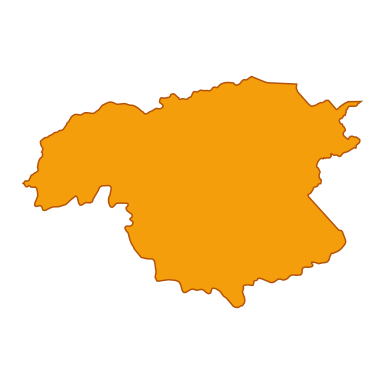 outline of Bolívar
{"feature_id": "VEN-39", "entity_name": "Bolívar", "entity_type": "State", "adm_level": 1, "iso_a3": "VEN", "parent_name": "Venezuela", "parent_adm1": "", "projection": "mercator", "projection_center": [-63.762, 6.004], "detail": "fine", "context": "isolated", "style": "filled", "palette": "amber", "viewbox_px": 384, "rotation_deg": 0, "n_neighbors": 0, "source": "natural_earth", "source_scale": "10m", "svg_char_len": 5961}
<svg xmlns="http://www.w3.org/2000/svg" viewBox="0 0 384 384"><path d="M361.0,101.5L357.5,104.2L357.1,105.2L355.9,106.1L353.9,106.3L349.9,106.2L348.8,106.6L348.2,107.2L347.3,109.0L346.0,110.7L346.1,112.5L345.4,113.8L345.5,114.5L345.3,115.1L344.9,115.4L344.2,115.3L343.9,115.5L342.0,118.3L339.9,119.0L339.2,120.3L339.5,121.7L340.6,123.7L341.9,124.0L342.5,124.5L342.7,124.8L342.7,125.8L342.8,126.3L344.0,126.9L345.3,129.5L345.2,130.6L343.9,132.0L343.3,133.3L343.3,134.7L344.0,136.1L347.8,139.2L348.4,139.2L349.4,137.3L350.2,136.6L351.2,136.2L352.4,136.2L354.0,137.0L356.1,137.0L359.5,139.4L359.8,140.2L359.9,141.0L359.3,142.6L358.8,143.2L356.6,144.9L356.3,145.7L355.8,148.1L355.0,147.6L353.8,147.9L347.8,151.6L343.5,152.8L342.7,153.5L340.6,156.2L339.6,156.5L338.9,156.3L337.2,155.2L336.3,154.9L334.2,155.3L333.6,155.1L332.5,154.2L330.9,153.9L330.6,154.1L330.7,154.6L331.2,155.3L331.3,156.1L329.7,157.9L328.7,158.0L326.5,157.7L325.7,158.4L323.7,157.9L323.2,158.8L321.3,158.4L320.4,158.6L318.5,160.8L317.6,162.5L316.9,164.3L316.6,165.9L316.7,166.9L318.5,168.4L319.3,170.5L320.0,171.6L320.0,172.4L319.3,174.0L319.0,176.3L319.7,178.6L320.5,179.1L321.2,180.0L320.8,183.6L319.0,183.8L318.4,184.4L317.4,186.2L316.8,186.5L314.5,187.1L313.9,187.4L312.9,189.6L310.7,193.1L308.4,194.5L307.9,195.0L308.7,196.9L338.8,230.2L340.1,230.3L341.4,230.8L342.3,231.7L345.4,239.8L345.7,242.1L344.8,244.4L341.6,248.3L339.8,249.9L337.7,251.3L333.1,253.3L331.4,253.4L331.1,253.9L329.8,256.8L329.0,259.8L327.6,261.6L326.0,262.4L322.1,262.9L318.6,263.7L315.4,262.5L312.6,262.2L311.7,262.3L311.4,262.9L312.6,264.7L312.8,265.7L312.1,266.4L310.9,266.9L308.6,267.2L305.0,267.1L303.0,267.9L302.3,269.2L302.0,272.8L301.8,273.4L301.1,274.5L299.9,275.1L298.4,274.9L296.4,275.4L294.6,275.0L291.9,275.0L289.9,275.9L287.5,278.5L285.8,279.4L283.9,280.0L282.8,280.0L280.0,279.0L277.9,279.3L274.3,281.9L272.3,282.6L270.5,282.4L261.5,278.7L259.4,278.2L257.8,278.6L257.5,279.7L256.8,280.3L254.3,280.9L253.9,281.5L253.7,283.2L253.2,285.1L251.9,285.4L248.0,284.8L244.5,285.2L243.5,285.9L243.3,286.6L243.5,288.5L242.5,291.6L242.6,292.9L243.3,294.0L243.5,295.2L244.3,297.0L244.7,299.0L244.8,301.0L244.3,302.9L242.6,305.5L242.1,305.8L240.9,305.8L238.5,307.3L237.7,307.5L235.8,307.4L234.8,307.1L232.7,305.7L231.4,303.9L226.4,298.1L223.4,296.0L220.7,292.2L219.1,290.6L216.0,288.8L214.1,288.2L212.5,288.3L211.5,289.7L211.1,291.5L210.5,293.1L208.5,293.7L206.5,292.7L203.3,289.9L201.0,289.4L197.5,290.1L196.3,290.2L193.5,289.2L191.4,289.2L189.4,290.2L185.7,292.5L183.7,292.4L182.5,291.0L181.8,289.1L181.0,285.7L179.6,282.7L178.6,281.6L177.4,281.0L174.2,280.2L168.4,279.7L157.8,281.2L156.9,280.9L155.1,277.1L155.9,273.3L156.1,271.3L155.7,269.6L155.0,263.5L154.5,261.3L154.1,260.5L153.5,259.8L152.5,259.1L150.8,258.9L146.6,258.7L141.2,257.4L134.5,249.2L133.1,246.3L131.5,243.8L129.9,239.7L128.1,232.9L126.1,230.7L125.2,229.0L125.0,227.9L125.6,226.6L126.7,226.1L129.8,226.2L131.0,225.8L132.3,224.8L133.0,222.9L132.9,221.8L130.3,219.8L129.9,219.2L130.1,218.5L131.7,217.4L132.2,216.0L132.1,214.9L131.7,214.3L127.1,210.7L126.6,210.0L126.1,208.5L126.1,207.7L127.9,205.7L128.1,204.6L127.9,203.9L127.4,203.4L126.0,203.2L117.9,203.1L116.2,203.6L114.8,205.1L113.2,206.7L112.6,207.1L111.1,207.1L110.3,206.5L109.9,205.9L108.6,202.4L108.5,199.4L109.0,196.9L109.9,195.2L111.2,188.7L111.1,187.5L110.8,186.7L109.6,185.8L108.7,185.5L102.7,185.8L101.7,186.0L99.6,187.3L98.1,190.7L93.0,199.4L92.5,201.5L91.8,202.1L90.2,202.8L85.7,202.6L85.0,202.9L82.3,204.7L80.8,205.2L80.0,205.1L79.6,204.7L78.6,202.8L77.4,197.7L76.6,196.5L76.1,196.2L75.5,196.0L69.6,200.9L66.3,204.1L65.5,204.6L58.8,206.7L53.1,206.9L50.0,208.0L45.8,210.2L44.5,210.5L43.4,210.3L42.8,209.8L41.9,206.9L40.9,206.0L40.1,205.7L39.0,205.8L36.4,206.4L35.3,206.2L34.9,205.6L34.7,204.5L35.0,202.8L37.5,196.7L37.7,195.6L37.5,192.0L36.7,188.9L36.1,187.8L35.3,187.1L32.3,187.3L30.9,187.0L29.5,185.8L28.9,185.6L27.5,186.7L26.4,186.8L25.5,186.3L24.5,184.4L23.0,183.3L24.0,182.5L25.1,181.1L25.7,180.9L27.8,181.0L28.7,180.4L29.3,179.6L31.2,175.3L32.9,174.5L34.4,173.2L36.5,172.2L38.0,170.8L38.3,170.0L37.5,167.5L38.4,162.3L39.6,159.3L40.4,158.2L42.2,156.7L42.5,155.4L42.5,153.6L42.2,152.6L41.6,152.2L42.9,149.3L42.7,148.2L41.4,146.1L40.7,144.1L40.3,142.0L41.0,140.7L44.7,137.7L46.7,137.5L47.7,137.1L49.5,135.6L51.6,134.9L54.1,132.9L55.2,132.5L57.6,132.1L58.9,130.9L59.8,130.5L61.7,130.3L62.6,129.9L63.5,129.1L66.4,124.9L67.0,123.1L68.8,121.4L71.4,116.8L74.1,114.8L75.3,114.4L76.6,114.4L80.4,115.0L81.4,114.8L83.3,113.5L85.3,112.7L87.7,112.8L92.3,113.4L93.4,113.3L94.3,113.0L99.3,109.3L101.5,106.2L102.4,105.3L108.0,102.5L110.4,102.0L113.0,102.5L116.3,104.1L117.5,104.3L124.1,103.6L125.4,103.7L129.5,105.1L132.3,105.3L133.6,105.6L136.3,106.9L138.7,108.6L141.6,111.2L142.8,111.8L144.5,113.6L145.2,113.9L146.1,113.9L147.0,113.6L149.8,111.8L152.4,110.7L155.6,108.6L156.4,108.4L159.6,108.9L160.9,108.5L162.2,107.7L163.0,106.5L162.9,105.2L161.9,104.2L159.8,102.6L159.5,101.3L160.3,98.5L160.9,97.9L161.7,97.8L164.4,98.2L169.0,97.3L169.6,96.9L170.0,96.4L170.8,94.6L172.2,93.9L173.8,93.9L174.6,94.3L177.7,97.2L178.8,97.9L179.0,99.0L179.6,99.4L180.4,99.3L182.4,98.6L185.4,99.3L186.9,99.2L187.7,98.7L188.7,97.7L190.9,96.9L191.3,96.4L193.0,92.5L193.6,91.9L194.4,91.5L196.8,92.0L198.2,91.5L200.4,90.2L201.1,90.2L203.7,90.7L206.8,90.5L209.4,90.8L210.3,90.6L211.5,89.6L213.0,87.6L213.7,87.2L214.6,87.1L217.0,87.6L217.9,87.0L219.8,84.9L220.8,84.2L221.9,83.6L224.3,82.9L226.6,82.5L229.0,82.5L233.6,83.0L234.3,84.2L235.5,84.9L236.9,85.1L238.2,84.7L240.2,83.4L241.6,81.4L243.3,79.9L243.9,79.7L245.6,79.9L246.8,79.7L251.4,76.5L264.9,82.0L267.9,82.8L296.7,84.1L296.3,87.9L296.5,88.9L297.9,92.1L308.0,103.5L309.8,105.2L311.5,106.3L315.1,105.4L316.7,104.7L318.0,103.7L319.0,103.5L320.4,102.6L322.3,102.6L323.5,102.2L325.6,100.5L327.9,100.3L328.6,100.5L336.1,109.3L336.7,109.5L337.5,109.1L340.3,106.4L345.3,103.0L346.8,102.5L348.0,101.7L361.0,101.5Z" fill="#f59e0b" stroke="#b45309" stroke-width="1.5"/></svg>